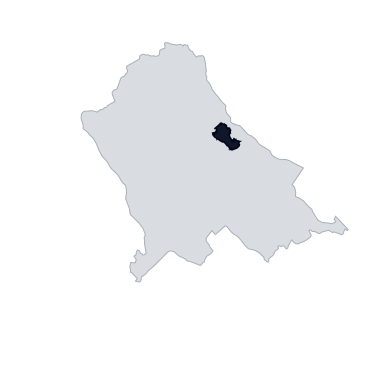 location of Shabunda, Sud-Kivu, Democratic Republic of the Congo, rotated 316°
{"feature_id": "63176286B28648737127916", "entity_name": "Shabunda", "entity_type": "district", "adm_level": 2, "iso_a3": "COD", "parent_name": "Democratic Republic of the Congo", "parent_adm1": "Sud-Kivu", "projection": "equal_earth", "projection_center": [27.534, -3.007], "detail": "fine", "context": "in_parent", "style": "filled", "palette": "ink", "viewbox_px": 384, "rotation_deg": 316, "n_neighbors": 0, "source": "geoboundaries", "source_scale": "gbopen_adm2", "svg_char_len": 7964}
<svg xmlns="http://www.w3.org/2000/svg" viewBox="0 0 384 384"><g transform="rotate(316 192 192)"><path d="M288.8,252.1L268.9,256.3L269.3,257.9L269.1,259.5L268.6,260.7L266.6,264.0L263.5,267.0L263.5,267.7L265.0,271.1L266.0,275.8L265.7,283.9L266.1,286.1L266.1,287.8L265.1,289.8L263.0,299.6L264.4,304.3L268.3,308.7L270.6,312.0L274.4,313.2L275.1,313.0L275.3,310.3L278.4,309.2L278.3,326.6L278.1,327.6L277.5,327.8L276.8,327.3L276.6,325.6L275.8,324.9L272.0,327.0L271.0,327.0L270.0,326.6L269.2,325.7L269.0,324.4L266.4,319.3L265.1,319.0L263.6,314.4L257.7,311.1L255.4,310.8L254.2,309.8L253.1,306.2L251.1,303.9L250.6,301.3L250.2,300.9L249.0,301.5L248.0,305.5L246.7,306.5L244.2,306.6L238.2,305.4L233.8,303.3L232.7,303.4L230.9,301.6L230.2,298.4L230.6,296.0L230.3,295.7L223.6,297.7L222.0,298.9L220.5,298.6L220.1,297.9L220.7,296.3L220.4,294.5L219.9,293.6L217.9,293.0L217.3,291.0L216.1,290.8L215.7,291.0L215.4,292.4L214.7,292.8L210.7,292.2L206.6,293.9L201.1,293.4L198.5,295.5L198.1,295.4L197.5,294.4L197.0,291.1L197.3,290.2L198.1,289.5L198.3,288.2L198.1,284.7L198.3,283.9L198.0,281.9L197.1,278.8L195.9,276.2L193.4,272.4L193.0,270.5L193.1,266.2L193.9,259.4L193.8,254.3L192.7,251.0L192.5,247.4L193.1,241.0L192.5,239.4L179.8,238.9L179.3,238.4L179.1,237.5L179.6,233.7L171.9,234.7L169.6,235.4L168.2,237.0L167.8,238.9L167.7,241.7L166.6,244.3L166.3,248.8L164.2,249.4L162.0,249.4L157.9,248.4L154.0,249.7L152.0,250.9L151.0,250.3L147.4,250.8L146.9,250.4L142.8,241.5L140.9,238.6L140.6,237.1L140.7,235.8L140.2,233.9L138.2,229.3L137.9,227.2L137.9,223.9L137.7,222.8L136.0,219.9L134.8,218.9L133.6,218.4L113.0,218.8L106.1,218.3L101.2,218.7L98.6,218.4L97.9,218.0L95.7,218.6L94.5,219.8L92.7,220.4L91.6,220.2L89.4,216.9L92.3,216.3L92.5,216.0L92.7,208.1L91.9,206.9L93.4,205.6L95.9,202.1L98.4,200.8L98.7,200.1L99.2,200.2L100.1,201.6L102.2,203.5L104.9,201.9L105.1,201.4L105.5,198.0L106.1,197.7L107.2,198.4L107.9,198.4L109.0,197.4L112.3,195.7L113.3,197.9L112.5,199.9L112.9,201.3L113.0,203.4L113.5,203.9L116.2,204.2L116.9,203.7L122.1,195.9L123.5,194.9L125.7,191.8L128.6,190.4L129.9,188.0L131.6,183.6L132.3,177.3L132.0,166.4L132.2,164.9L135.7,160.0L139.4,151.1L141.8,148.8L143.7,147.8L146.5,144.6L148.8,141.3L148.5,137.3L149.0,134.1L150.2,129.9L150.6,125.5L150.2,120.8L150.4,117.1L152.1,111.0L152.2,104.0L153.8,98.2L156.8,90.8L158.2,85.3L158.0,79.9L158.4,75.9L158.2,73.5L157.7,71.5L158.0,70.2L159.1,69.7L160.5,67.6L163.1,62.3L165.9,59.7L167.8,58.8L169.8,58.9L171.1,59.4L173.2,61.5L175.6,63.2L177.4,65.2L179.1,68.5L183.4,69.2L185.2,70.4L186.4,70.8L186.8,70.5L187.7,70.7L189.7,71.7L191.3,71.1L199.2,73.2L200.1,72.2L202.3,66.6L204.0,64.7L206.7,64.5L208.8,65.6L209.9,65.6L219.7,60.8L220.9,60.6L224.4,61.7L226.7,60.9L227.7,61.2L229.7,60.3L231.3,57.0L232.6,56.2L246.6,59.8L248.7,58.0L249.7,57.8L252.8,59.1L253.8,61.2L255.7,62.9L257.0,65.8L259.1,67.5L260.1,69.0L261.3,70.1L263.9,70.5L267.1,67.9L269.4,68.1L271.7,69.6L272.5,69.5L274.2,68.0L275.1,66.3L276.0,66.0L277.3,66.7L278.4,68.2L279.4,70.5L282.9,75.5L286.3,77.6L287.1,80.7L288.4,80.4L289.0,80.7L289.9,82.6L290.5,83.0L290.6,83.8L289.7,85.6L289.0,89.1L290.0,91.3L289.1,94.4L288.7,97.6L289.8,98.4L291.2,98.4L292.5,100.1L293.5,100.3L294.6,102.1L294.3,103.6L291.0,108.8L286.0,115.3L284.3,116.1L283.4,117.3L282.8,119.2L281.4,120.7L280.2,121.4L280.1,126.0L278.5,130.9L277.8,131.9L276.9,139.7L277.0,141.1L276.1,147.5L276.3,153.5L273.9,155.3L272.2,158.3L271.5,160.3L271.5,165.2L268.7,168.2L268.5,168.8L269.2,172.3L270.2,172.8L270.2,174.0L272.5,177.6L272.3,189.0L272.4,190.1L273.6,192.8L274.4,197.9L273.5,204.4L276.6,216.4L275.2,220.8L275.8,224.9L277.6,229.3L281.9,233.6L283.0,235.4L284.1,237.8L285.1,241.5L288.8,252.1Z" fill="#d9dde1" stroke="#a8b0b8" stroke-width="1"/><path d="M261.5,188.9L261.4,188.8L261.3,188.7L261.2,188.5L261.0,188.4L260.9,188.1L261.0,187.8L260.9,187.6L260.7,187.6L260.4,187.4L260.2,187.3L260.2,187.2L260.2,186.9L260.2,186.7L259.9,186.4L259.9,186.2L259.5,185.9L259.7,185.7L259.8,185.6L259.8,185.4L259.7,185.3L259.7,185.2L259.4,185.0L259.5,184.9L259.4,184.9L259.4,184.7L259.4,184.4L259.6,184.2L259.4,184.0L259.3,183.9L259.2,183.7L259.3,183.4L259.2,183.4L259.1,183.1L259.0,183.3L258.9,183.3L258.6,183.3L258.3,183.5L258.2,183.4L258.2,183.5L258.0,183.8L257.9,183.8L257.7,184.0L257.6,183.9L257.6,184.0L257.6,183.9L257.6,184.0L257.4,184.1L257.2,184.3L257.0,184.2L256.9,184.3L256.8,184.2L256.8,184.3L256.6,184.3L256.6,184.5L256.5,184.4L256.4,184.4L256.1,184.3L256.1,184.2L256.0,183.7L256.2,183.2L256.4,183.1L256.4,182.8L256.4,182.3L256.5,182.1L256.5,181.9L256.5,181.7L256.4,181.5L256.4,181.4L256.7,181.3L256.9,181.1L257.1,180.1L257.3,179.7L257.2,179.4L257.3,178.9L257.4,178.7L257.8,177.9L258.0,177.5L258.0,176.8L257.9,176.5L257.9,176.4L258.7,176.3L258.8,176.8L259.0,176.7L259.4,176.1L259.6,176.1L259.6,175.9L259.7,175.7L259.8,175.2L260.0,175.1L260.5,175.3L260.9,175.5L261.1,175.4L261.1,175.5L261.4,175.1L261.5,175.0L261.5,174.8L261.7,174.5L261.9,174.4L262.2,174.7L262.5,174.6L262.7,174.4L262.7,174.2L262.7,173.9L263.0,173.2L262.9,172.7L263.3,172.3L263.3,172.1L263.1,172.0L263.1,171.8L263.0,171.5L262.8,171.4L262.7,171.4L262.7,171.5L262.7,171.4L262.4,171.2L262.2,171.4L261.8,171.6L261.7,171.6L261.8,171.1L262.1,170.8L262.0,170.7L261.9,170.4L261.5,170.0L261.5,169.8L261.8,169.7L262.0,169.9L262.2,169.0L262.2,168.5L262.3,168.2L262.6,167.8L262.9,167.9L262.9,167.7L262.9,167.4L262.8,166.9L262.6,166.4L262.2,166.4L262.3,166.0L262.4,165.4L261.9,165.3L261.7,165.1L261.6,164.7L261.3,164.5L261.2,164.1L261.2,163.8L261.1,163.0L260.9,163.0L260.4,163.3L260.3,162.7L260.2,162.3L259.4,162.5L259.3,162.8L259.2,162.7L258.9,162.6L258.7,162.4L258.0,162.4L257.8,162.5L257.5,162.8L257.0,162.8L256.5,162.4L252.6,162.2L252.5,162.3L252.7,162.6L253.2,162.8L253.6,162.8L253.5,163.2L253.4,163.6L253.3,163.9L253.4,164.1L252.6,164.8L252.3,164.8L251.9,165.2L251.6,165.9L251.4,165.8L251.3,165.6L251.2,165.9L251.1,166.0L251.1,166.3L251.0,166.2L250.9,165.8L250.8,165.7L250.7,165.9L250.7,165.6L250.6,165.8L250.5,165.7L250.4,165.8L250.4,165.5L250.2,165.6L250.1,165.8L250.1,165.7L250.0,165.4L249.8,165.6L249.8,165.8L249.7,165.6L249.7,165.4L249.3,165.3L249.2,165.4L249.1,164.9L248.9,164.7L248.8,164.8L248.8,164.7L248.7,164.5L248.6,164.4L248.5,164.5L248.4,164.3L248.2,164.2L248.3,164.6L248.2,164.5L248.2,164.3L248.1,164.2L247.9,164.5L247.8,164.9L247.8,165.0L247.6,164.8L247.6,164.7L247.3,164.6L247.1,164.7L246.9,166.5L247.0,166.9L247.0,167.0L246.8,167.3L246.7,167.2L246.7,167.3L246.6,167.2L246.6,167.3L246.6,167.8L246.5,168.1L246.6,168.8L246.6,169.1L246.9,169.5L247.1,170.2L247.1,170.5L246.9,170.8L247.0,171.1L246.9,171.2L247.0,171.2L247.2,171.7L247.5,172.0L247.4,172.3L247.5,172.5L247.9,172.7L247.9,173.1L247.8,173.6L247.6,173.9L247.6,174.1L247.9,174.3L248.0,174.5L248.3,175.8L248.5,176.1L248.5,176.3L248.8,176.1L248.8,176.3L249.1,176.7L249.1,177.2L249.1,177.3L249.1,177.5L249.3,177.5L249.5,177.8L249.8,178.0L249.8,178.3L249.8,178.6L249.7,178.9L249.9,179.0L249.8,179.5L249.8,179.8L249.7,180.4L249.9,180.7L250.0,180.7L249.8,181.3L249.6,181.5L249.5,181.8L249.6,182.2L249.5,182.4L249.6,182.6L249.8,182.8L249.7,183.0L249.9,183.0L249.9,183.3L249.8,183.5L249.9,183.9L249.9,184.1L249.9,184.3L249.9,184.6L249.8,184.8L249.8,184.7L250.0,184.7L249.9,185.0L249.8,185.3L249.8,185.5L249.7,185.5L249.7,185.8L249.5,186.3L249.6,186.5L249.5,186.8L249.5,187.0L249.4,187.2L249.5,187.4L249.4,187.4L249.5,187.5L249.4,187.6L249.5,187.6L249.6,187.8L249.6,188.0L249.8,188.1L249.7,188.3L249.8,188.3L249.9,188.5L250.0,188.6L250.0,188.8L250.2,189.0L250.3,189.0L250.2,189.2L250.3,189.2L250.3,189.3L250.5,189.8L250.8,189.9L251.0,189.9L251.2,190.0L251.3,190.0L251.3,189.9L251.4,190.1L251.5,190.1L251.9,190.2L252.0,190.3L252.4,190.4L252.5,190.5L252.7,190.4L252.7,190.5L252.8,190.5L253.0,190.8L253.1,191.0L253.3,191.1L253.4,191.3L253.4,191.1L253.6,191.1L254.2,191.3L254.8,191.3L254.9,191.5L255.2,191.7L255.4,191.7L256.8,191.4L257.1,191.4L257.3,191.7L257.5,191.7L259.1,190.9L259.1,190.2L259.4,189.6L259.7,189.5L260.0,189.2L260.1,188.9L260.9,188.8L261.5,188.9Z" fill="#0f172a" stroke="#020617" stroke-width="1.5"/></g></svg>